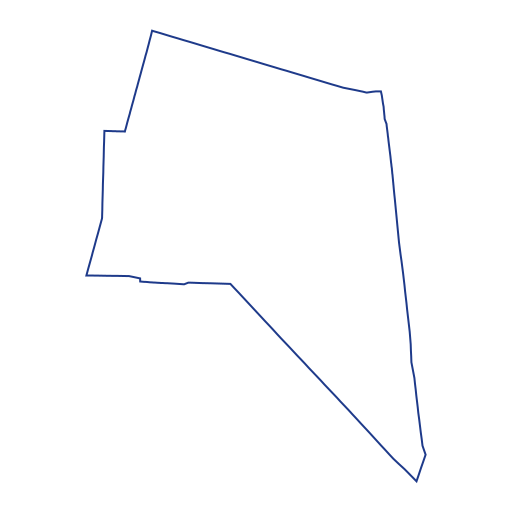 the district of Texcalyacac, México, Mexico
{"feature_id": "50627088B38447053181428", "entity_name": "Texcalyacac", "entity_type": "district", "adm_level": 2, "iso_a3": "MEX", "parent_name": "Mexico", "parent_adm1": "México", "projection": "orthographic", "projection_center": [-99.508, 19.124], "detail": "fine", "context": "isolated", "style": "outline", "palette": "blue", "viewbox_px": 512, "rotation_deg": 0, "n_neighbors": 0, "source": "geoboundaries", "source_scale": "gbopen_adm2", "svg_char_len": 3633}
<svg xmlns="http://www.w3.org/2000/svg" viewBox="0 0 512 512"><path d="M153.3,31.1L152.1,30.7L150.9,35.7L150.2,38.3L149.7,40.1L148.6,44.5L148.1,46.3L146.7,51.7L146.6,52.1L145.5,55.8L145.0,57.8L143.5,63.3L143.4,63.6L142.0,68.7L141.0,72.4L140.8,73.2L139.6,77.5L139.4,78.3L137.6,84.9L137.1,86.9L136.9,87.5L136.1,90.2L135.0,94.5L134.6,95.7L133.5,100.0L132.2,104.6L132.1,104.9L131.3,108.0L130.1,112.2L129.8,113.6L128.5,118.1L127.2,122.8L126.9,124.0L125.8,128.2L125.1,130.5L124.9,131.5L124.1,131.5L123.3,131.4L122.6,131.4L121.7,131.4L121.4,131.4L120.6,131.4L120.1,131.4L119.4,131.3L118.7,131.3L117.9,131.3L117.2,131.3L116.7,131.3L116.3,131.3L115.8,131.2L115.3,131.2L114.5,131.2L113.5,131.2L113.0,131.2L112.6,131.2L111.6,131.1L104.4,130.9L104.1,141.8L103.9,147.2L103.7,157.1L103.4,166.6L103.3,172.4L103.1,178.3L102.9,184.1L102.8,190.0L102.6,196.6L102.4,203.2L102.3,209.9L102.1,216.5L102.1,217.5L102.0,218.0L102.0,218.5L100.8,222.9L99.2,228.8L97.9,233.6L96.3,239.2L94.9,244.5L93.9,248.2L92.7,252.4L91.9,255.6L90.1,262.0L88.2,268.8L86.4,275.5L86.9,275.5L97.2,275.6L107.7,275.8L118.5,275.9L129.1,276.1L140.1,278.4L140.2,281.5L143.4,281.8L145.1,281.9L145.8,281.9L147.1,282.0L149.1,282.2L149.8,282.3L152.0,282.4L153.0,282.5L155.4,282.6L157.9,282.8L160.3,282.9L160.5,283.0L161.9,283.0L162.8,283.0L164.0,283.1L164.6,283.1L165.7,283.2L167.3,283.2L168.6,283.3L173.9,283.6L178.1,283.9L184.1,284.3L188.2,282.7L189.5,282.7L191.2,282.7L194.3,282.8L196.6,282.9L202.2,283.1L211.5,283.3L217.8,283.5L224.1,283.7L230.4,283.9L234.3,288.1L238.2,292.2L242.1,296.4L246.0,300.6L249.9,304.8L253.7,308.9L257.6,313.1L261.5,317.3L265.4,321.5L269.3,325.6L273.2,329.8L277.0,334.0L280.9,338.2L284.9,342.4L288.9,346.6L292.9,350.9L296.8,355.1L300.8,359.3L304.8,363.5L308.7,367.8L312.7,372.0L316.7,376.2L320.7,380.4L324.6,384.7L328.6,388.9L332.6,393.1L336.6,397.3L340.5,401.6L344.5,405.8L348.5,410.0L352.4,414.3L356.5,418.7L360.6,423.2L364.7,427.6L368.8,432.0L372.9,436.5L376.9,440.9L381.0,445.4L385.1,449.8L389.2,454.3L393.3,458.7L398.9,464.0L404.6,469.2L410.5,475.2L416.5,481.3L418.8,474.6L421.0,468.0L423.3,461.4L425.6,454.7L422.5,445.7L421.7,439.1L420.8,432.6L420.0,426.0L419.2,419.5L418.3,412.9L417.7,407.1L417.0,401.3L416.3,395.5L415.7,389.6L415.0,383.8L414.4,378.0L412.9,370.1L411.4,362.3L411.2,356.3L410.9,350.3L410.7,344.3L410.2,338.0L409.7,331.8L409.0,325.7L408.3,319.7L407.1,309.4L406.5,303.4L405.8,297.4L405.1,291.4L404.5,285.4L403.8,279.4L403.1,273.4L402.3,267.2L401.5,261.0L400.6,254.8L399.8,248.6L399.0,242.4L398.4,236.2L397.8,230.0L397.2,223.8L396.6,217.5L396.0,211.3L395.4,205.1L394.8,198.9L394.4,195.2L393.8,189.1L393.4,184.5L393.3,184.1L393.3,183.2L393.2,182.5L393.1,181.9L393.1,181.3L393.0,180.7L393.0,180.2L392.6,176.2L392.5,174.9L392.3,173.6L392.2,172.6L392.2,172.2L392.1,171.5L392.1,171.1L392.0,170.3L391.9,169.3L391.9,168.8L391.5,166.1L391.3,164.1L391.1,162.8L390.4,156.2L389.8,151.4L388.9,144.1L388.5,140.9L388.2,138.0L387.9,136.0L387.7,133.9L386.7,126.0L386.5,123.9L386.0,122.6L384.7,119.1L384.6,118.2L384.5,116.4L384.3,114.6L384.0,111.3L383.8,109.5L383.7,108.0L383.6,106.7L383.0,103.6L381.8,95.4L380.9,91.4L379.2,91.4L375.9,91.4L372.1,91.8L371.6,91.9L366.8,92.6L365.7,92.4L362.6,91.6L361.5,91.4L355.4,90.1L349.3,88.9L343.2,87.7L337.5,86.0L331.9,84.4L326.2,82.7L320.6,81.0L314.9,79.3L309.2,77.6L303.6,75.9L297.9,74.2L292.2,72.5L286.6,70.8L280.9,69.2L275.3,67.5L269.6,65.8L263.9,64.1L258.3,62.4L252.6,60.7L246.9,59.0L241.3,57.3L235.6,55.6L230.0,53.9L224.3,52.3L218.6,50.6L213.0,48.9L207.3,47.2L201.3,45.4L195.4,43.6L189.4,41.8L183.5,40.1L177.9,38.4L172.4,36.8L166.8,35.1L159.6,32.9L153.3,31.1Z" fill="none" stroke="#1e3a8a" stroke-width="2"/></svg>